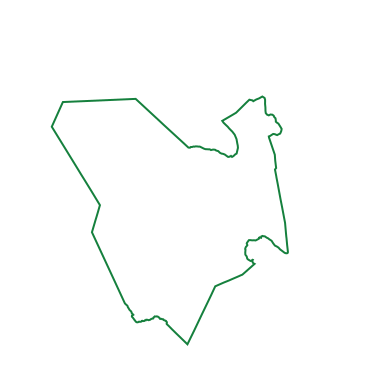 outline of Bamako, Bamako, Mali, rotated 155°
{"feature_id": "8926073B70420899930674", "entity_name": "Bamako", "entity_type": "district", "adm_level": 2, "iso_a3": "MLI", "parent_name": "Mali", "parent_adm1": "Bamako", "projection": "mercator", "projection_center": [-7.996, 12.607], "detail": "fine", "context": "isolated", "style": "outline", "palette": "green", "viewbox_px": 384, "rotation_deg": 155, "n_neighbors": 0, "source": "geoboundaries", "source_scale": "gbopen_adm2", "svg_char_len": 3996}
<svg xmlns="http://www.w3.org/2000/svg" viewBox="0 0 384 384"><g transform="rotate(155 192 192)"><path d="M277.9,94.7L277.6,94.5L277.2,94.3L276.5,94.2L276.2,93.9L275.7,93.6L275.4,93.0L275.1,92.7L274.8,91.5L274.5,91.1L274.3,90.7L274.4,90.4L273.5,90.0L273.1,89.8L272.8,89.3L272.5,89.2L271.8,88.7L271.8,88.0L270.8,86.9L270.6,86.8L270.3,86.4L270.1,86.2L270.2,85.8L269.9,85.3L269.8,85.0L269.9,84.3L270.2,83.9L270.7,83.3L270.7,83.1L270.7,82.9L269.8,80.7L268.1,75.9L266.0,70.3L260.5,55.9L248.6,65.5L242.9,70.2L235.4,76.4L228.2,82.3L223.3,86.3L218.3,90.4L210.8,96.7L206.0,96.6L201.6,96.5L196.1,96.2L191.7,96.1L185.2,95.9L183.2,95.9L181.3,95.8L165.7,100.4L166.2,101.1L166.6,101.8L166.7,102.3L166.7,102.8L166.6,103.5L166.5,103.9L166.4,103.9L166.2,104.4L165.6,104.8L165.8,105.0L167.1,104.6L167.6,104.6L168.1,104.8L169.6,107.0L169.9,107.6L170.1,108.3L169.7,110.2L169.7,110.8L170.0,111.9L170.1,112.7L169.7,113.7L169.3,114.7L169.0,115.1L168.9,115.4L167.9,117.1L168.0,117.5L167.8,117.9L167.8,118.0L166.9,119.0L166.4,119.4L164.4,120.3L164.2,120.9L164.2,122.1L164.0,122.3L163.9,122.5L163.7,122.7L161.9,123.7L161.0,124.2L160.9,124.2L160.7,124.3L159.2,123.6L158.0,122.8L156.1,122.0L154.8,121.2L152.6,121.3L151.1,121.4L150.7,121.7L150.6,122.2L149.9,122.3L149.7,122.0L149.3,121.7L148.7,121.3L148.3,121.8L148.0,122.4L146.7,122.4L145.9,121.7L144.7,121.0L144.1,119.9L143.5,118.9L142.7,118.0L141.9,116.4L141.7,116.1L140.5,114.2L140.1,111.1L139.5,108.4L138.2,106.8L138.1,106.6L137.8,106.2L137.1,105.0L136.4,102.7L135.3,100.7L134.3,98.8L133.8,97.8L132.9,96.9L132.2,96.5L131.5,96.3L130.8,96.5L130.3,97.4L128.2,103.7L125.8,110.4L125.5,111.4L124.3,114.8L120.7,124.7L119.0,131.4L116.8,140.0L115.6,144.9L114.7,148.5L110.9,163.1L109.5,168.7L109.2,169.9L109.0,170.5L107.3,177.3L105.6,178.2L103.3,185.3L101.2,190.8L99.2,208.8L98.9,209.9L97.5,209.8L95.6,210.1L93.9,210.3L92.5,209.4L91.9,208.7L90.8,207.6L89.2,207.7L87.4,207.7L85.9,209.0L85.2,209.7L84.1,211.3L84.3,213.6L84.6,216.0L84.8,217.5L85.7,218.9L86.3,220.3L85.8,221.4L85.2,223.5L85.8,225.3L85.7,226.6L86.5,228.1L88.2,229.1L90.0,229.0L91.3,230.4L91.8,232.4L91.1,234.5L89.7,237.7L88.5,241.1L87.6,242.9L86.7,244.9L86.5,246.6L87.9,248.8L91.7,248.5L94.7,248.7L98.1,248.4L98.3,249.1L98.5,249.5L98.8,249.7L101.0,251.4L105.4,249.9L110.1,248.2L112.9,247.2L118.5,245.2L123.5,244.7L134.5,243.7L134.1,241.4L133.0,238.5L132.0,236.0L131.5,234.0L130.3,230.6L130.0,229.9L129.4,227.2L129.1,225.9L129.3,221.1L130.5,216.6L130.9,214.8L131.6,212.9L131.7,212.6L135.3,208.0L137.1,207.8L138.1,207.4L139.5,207.0L140.9,206.9L141.4,208.2L142.0,208.0L142.6,208.2L143.2,208.3L143.7,208.2L144.6,208.7L146.5,212.2L147.9,213.6L149.1,214.4L150.2,215.9L150.9,217.9L152.7,219.5L153.0,220.3L154.1,221.1L155.2,221.6L157.1,222.0L157.9,223.2L158.5,223.5L159.0,223.7L161.8,225.2L163.0,226.4L164.4,228.2L165.7,229.8L167.0,230.4L168.3,231.3L169.6,231.9L170.5,232.0L171.5,232.6L172.5,232.7L173.1,232.8L174.0,233.3L174.5,233.2L175.1,233.0L176.5,233.8L178.6,239.0L189.4,265.1L191.4,270.1L203.7,300.2L240.2,315.3L271.0,328.1L291.5,310.4L288.5,284.7L285.8,261.2L285.1,254.9L284.0,245.8L282.8,235.4L281.0,219.0L286.5,212.7L289.6,209.2L290.7,208.0L299.7,197.8L299.8,144.8L299.9,119.4L299.4,118.0L298.9,116.9L298.8,116.6L298.7,116.4L298.6,115.7L298.8,114.8L298.8,114.3L298.6,113.7L298.5,112.2L298.4,111.4L297.7,109.7L297.6,109.3L297.7,108.1L297.8,107.9L297.7,107.6L297.7,107.4L297.5,106.8L297.3,106.2L297.1,105.5L297.6,105.4L298.3,105.4L298.6,105.4L298.9,105.0L299.1,104.6L299.1,104.3L298.9,103.6L298.7,103.0L298.6,102.5L298.5,101.9L298.4,101.5L298.3,101.1L298.2,100.8L298.2,100.1L297.9,99.5L297.9,99.0L297.8,98.6L297.7,98.1L297.4,97.8L297.1,97.3L296.9,97.1L296.0,96.8L295.2,96.8L294.8,96.9L294.4,96.6L294.0,96.3L292.9,96.0L292.6,96.0L291.9,96.4L291.5,96.3L291.1,95.8L289.9,95.3L288.8,95.6L288.2,95.2L287.6,95.6L286.9,95.3L286.4,95.0L285.7,94.4L285.4,94.1L284.4,94.0L283.9,93.9L282.5,94.2L281.8,94.0L281.0,94.1L280.5,93.8L279.7,94.6L279.1,94.7L278.3,95.0L277.9,94.7Z" fill="none" stroke="#15803d" stroke-width="2"/></g></svg>